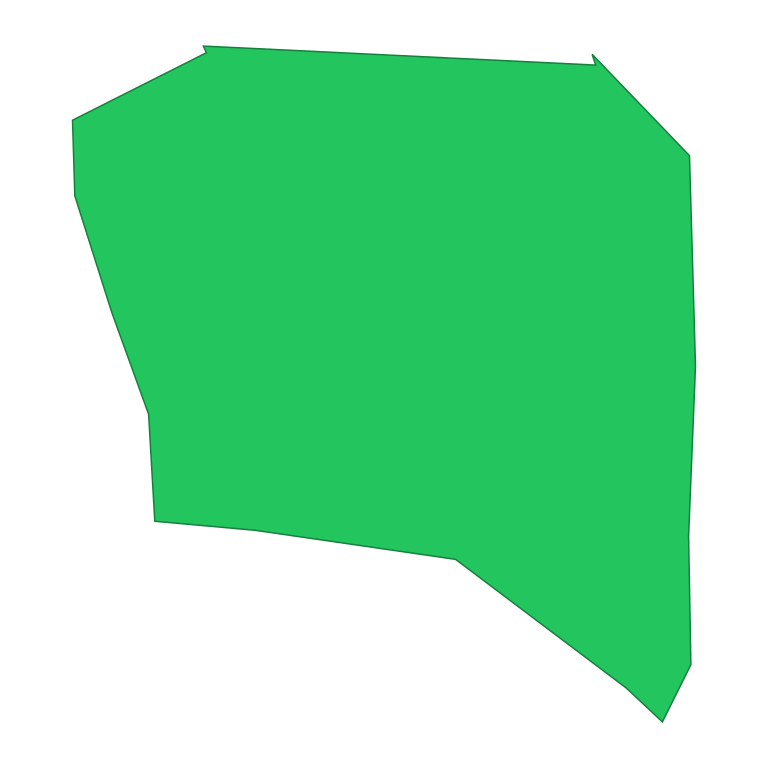 67, Ad Dawhah, Qatar (Robinson projection)
{"feature_id": "91078587B3591736578448", "entity_name": "67", "entity_type": "district", "adm_level": 2, "iso_a3": "QAT", "parent_name": "Qatar", "parent_adm1": "Ad Dawhah", "projection": "robinson", "projection_center": [51.491, 25.342], "detail": "fine", "context": "isolated", "style": "filled", "palette": "green", "viewbox_px": 768, "rotation_deg": 0, "n_neighbors": 0, "source": "geoboundaries", "source_scale": "gbopen_adm2", "svg_char_len": 352}
<svg xmlns="http://www.w3.org/2000/svg" viewBox="0 0 768 768"><path d="M203.4,46.1L206.4,52.7L72.5,120.2L74.8,195.8L111.7,312.2L148.6,414.2L154.8,521.3L255.0,530.3L455.6,559.4L626.2,688.0L662.4,721.9L690.9,664.7L688.6,536.1L695.5,366.2L689.5,155.7L592.1,54.3L595.7,65.1L212.3,46.5L203.4,46.1Z" fill="#22c55e" stroke="#15803d" stroke-width="1.5"/></svg>